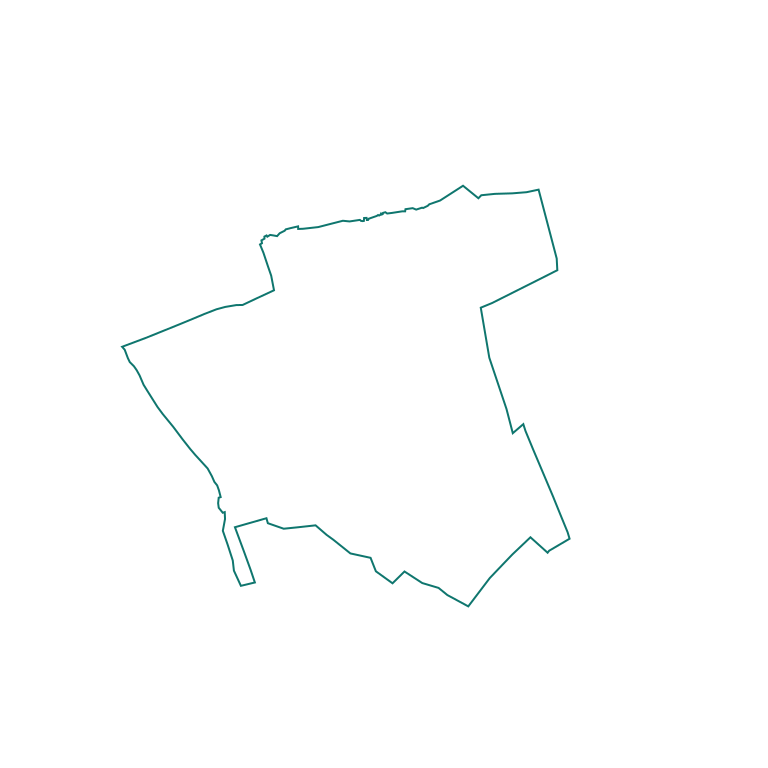 outline of Kolomotu'a, Tongatapu, Tonga, rotated 213°
{"feature_id": "48082658B41580202055285", "entity_name": "Kolomotu'a", "entity_type": "district", "adm_level": 2, "iso_a3": "TON", "parent_name": "Tonga", "parent_adm1": "Tongatapu", "projection": "equal_earth", "projection_center": [-175.229, -21.143], "detail": "fine", "context": "isolated", "style": "outline", "palette": "teal", "viewbox_px": 768, "rotation_deg": 213, "n_neighbors": 0, "source": "geoboundaries", "source_scale": "gbopen_adm2", "svg_char_len": 1966}
<svg xmlns="http://www.w3.org/2000/svg" viewBox="0 0 768 768"><g transform="rotate(213 384 384)"><path d="M623.9,272.6L620.1,271.5L612.9,266.2L609.1,263.9L603.4,262.7L599.0,260.9L593.7,258.1L585.2,252.4L578.2,249.1L561.5,241.4L553.2,238.3L537.5,233.3L522.5,227.8L511.3,224.0L503.6,221.7L485.9,217.1L478.1,212.9L472.9,209.5L468.7,208.1L464.5,204.9L459.4,200.2L460.7,198.6L458.2,193.7L455.2,190.2L449.1,188.2L447.8,189.8L443.8,184.2L439.2,173.1L427.5,164.0L414.7,153.6L408.2,145.7L394.1,136.8L384.2,147.2L394.8,155.6L410.3,167.3L431.0,182.7L409.5,207.4L405.6,204.0L389.3,208.0L378.6,216.6L364.4,228.2L349.9,226.2L341.9,225.8L319.9,223.6L300.6,230.9L288.8,222.5L268.3,221.5L264.7,237.9L243.5,237.9L227.2,242.7L215.9,241.5L192.2,243.4L189.6,278.9L185.8,299.0L183.5,311.0L177.7,335.2L154.9,331.6L154.7,334.1L144.1,355.3L149.3,359.7L164.9,370.5L179.8,380.9L179.9,381.0L196.9,392.5L223.1,410.2L239.8,421.7L245.3,426.2L249.2,412.9L267.6,429.7L310.0,463.4L344.4,500.7L337.5,510.7L304.0,568.0L302.4,570.8L300.6,573.8L307.5,583.3L337.2,610.3L360.2,631.2L368.9,622.5L380.2,613.8L394.5,603.9L405.2,595.3L406.0,591.2L425.7,593.3L436.9,568.4L443.9,559.4L444.4,557.2L447.0,552.9L448.1,552.6L452.0,547.8L455.7,547.1L461.2,542.3L460.3,540.3L462.8,538.7L470.4,531.9L474.2,528.7L476.4,528.8L478.0,527.0L477.6,525.8L478.2,524.9L479.3,525.3L479.2,523.9L479.9,522.6L481.0,522.5L481.6,521.0L486.8,514.3L486.7,512.9L487.7,512.2L489.1,513.8L491.1,512.4L489.7,509.8L490.6,509.0L492.1,508.3L493.6,508.5L501.4,501.6L507.4,498.5L516.8,488.3L524.6,479.8L536.3,470.2L540.4,467.3L541.9,469.4L547.1,464.0L550.6,460.2L550.8,458.4L553.6,453.6L554.2,449.8L557.8,448.3L560.7,447.0L562.1,444.0L563.4,444.6L564.6,442.5L563.4,440.8L565.0,437.7L563.0,435.6L564.0,433.5L556.6,428.4L545.3,419.4L537.6,413.4L527.3,402.7L537.2,386.9L545.6,373.3L550.9,369.7L559.1,362.2L565.2,355.4L573.0,344.6L573.3,344.1L587.1,324.0L597.6,309.0L608.9,292.9L623.9,272.6Z" fill="none" stroke="#0f766e" stroke-width="2"/></g></svg>